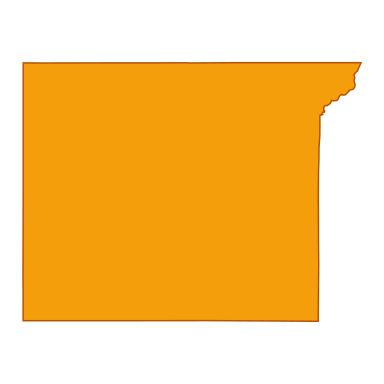 San Juan, New Mexico, United States of America
{"feature_id": "52423323B37517446111976", "entity_name": "San Juan", "entity_type": "district", "adm_level": 2, "iso_a3": "USA", "parent_name": "United States of America", "parent_adm1": "New Mexico", "projection": "mercator", "projection_center": [-107.969, 36.5], "detail": "fine", "context": "isolated", "style": "filled", "palette": "amber", "viewbox_px": 384, "rotation_deg": 0, "n_neighbors": 0, "source": "geoboundaries", "source_scale": "gbopen_adm2", "svg_char_len": 1028}
<svg xmlns="http://www.w3.org/2000/svg" viewBox="0 0 384 384"><path d="M318.2,321.3L318.7,264.8L318.5,242.0L318.4,213.0L318.4,212.8L318.3,197.8L318.4,184.0L318.5,172.2L318.9,159.6L319.0,147.1L319.8,135.8L319.9,122.5L319.9,116.2L319.9,115.2L321.1,114.7L321.7,115.1L322.8,114.3L322.2,113.4L323.4,111.9L324.4,112.1L324.6,110.7L323.6,109.8L323.8,107.5L324.9,105.7L327.1,105.6L330.1,103.6L331.0,102.0L331.5,100.4L333.3,100.9L336.9,100.4L338.2,98.9L339.6,95.9L341.5,94.5L342.8,95.1L345.2,94.8L347.8,92.3L350.0,90.0L352.3,89.5L353.5,88.8L354.8,86.9L355.0,83.9L353.9,81.0L354.8,77.7L353.9,75.1L355.4,72.8L357.5,70.9L358.9,67.4L360.7,63.4L361.0,62.7L348.3,62.7L240.4,62.7L233.6,62.7L188.7,63.0L188.4,62.8L180.7,62.8L173.9,62.8L161.7,62.9L129.0,62.9L111.7,62.9L42.1,63.0L41.2,63.0L23.2,62.9L23.2,70.7L23.2,70.8L23.2,95.2L23.2,95.3L23.2,185.4L23.2,192.5L23.1,240.3L23.0,274.6L23.1,291.3L23.1,320.7L47.3,320.7L68.6,320.7L73.3,320.7L129.6,320.7L209.1,320.6L278.9,321.0L318.2,321.3Z" fill="#f59e0b" stroke="#b45309" stroke-width="1.5"/></svg>